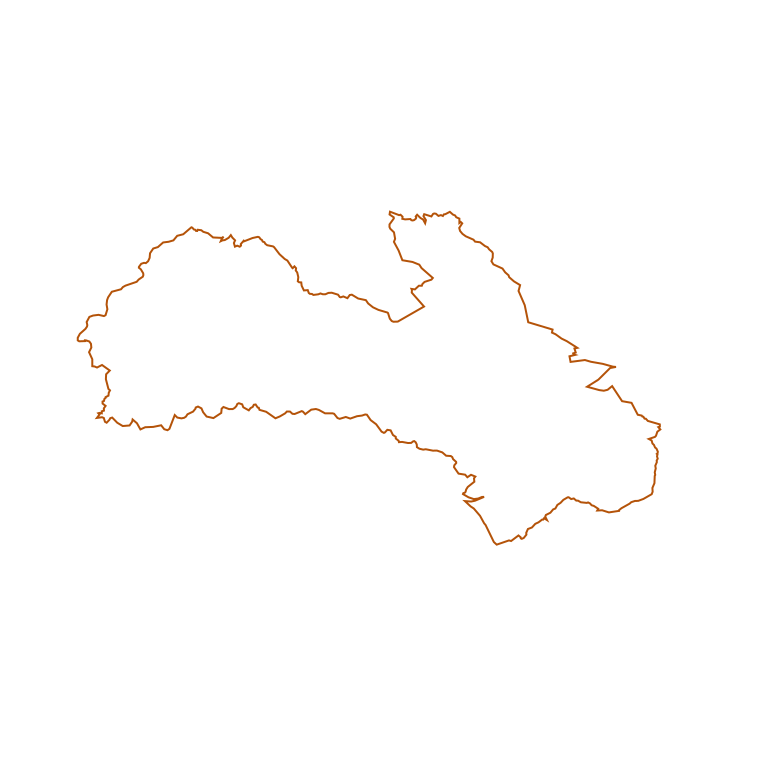 Huatlatlauca, Puebla, Mexico, rotated 32°
{"feature_id": "50627088B76426864141477", "entity_name": "Huatlatlauca", "entity_type": "district", "adm_level": 2, "iso_a3": "MEX", "parent_name": "Mexico", "parent_adm1": "Puebla", "projection": "mercator", "projection_center": [-98.065, 18.679], "detail": "fine", "context": "isolated", "style": "outline", "palette": "amber", "viewbox_px": 768, "rotation_deg": 32, "n_neighbors": 0, "source": "geoboundaries", "source_scale": "gbopen_adm2", "svg_char_len": 6161}
<svg xmlns="http://www.w3.org/2000/svg" viewBox="0 0 768 768"><g transform="rotate(32 384 384)"><path d="M184.7,558.1L190.2,554.0L190.4,549.4L189.6,547.3L195.3,548.2L201.5,551.6L204.4,547.2L211.0,542.7L216.9,537.1L221.6,538.8L224.9,537.9L225.8,535.7L223.0,521.2L226.5,522.0L230.4,520.5L232.4,518.6L233.3,516.7L233.4,513.8L236.7,508.6L237.2,504.9L236.8,503.7L238.2,501.7L242.1,501.4L245.6,503.8L250.8,505.6L257.4,503.3L261.3,494.8L259.4,491.0L260.0,488.6L265.9,487.4L269.0,485.4L270.0,483.5L270.5,481.1L270.2,478.6L271.1,477.2L274.5,476.4L277.0,478.3L283.3,478.0L283.6,475.1L284.8,473.0L284.6,470.6L286.0,469.4L289.4,470.9L290.4,470.5L292.1,471.9L298.8,470.0L310.1,470.6L312.8,466.8L315.7,461.3L316.2,458.8L318.9,457.2L322.1,457.8L324.1,456.8L328.6,450.6L329.9,450.4L333.2,451.3L335.9,444.3L339.5,441.3L342.5,440.5L349.6,440.1L356.0,436.1L357.5,435.7L362.6,437.5L364.9,437.0L369.1,432.2L373.7,431.2L378.2,425.6L382.1,422.4L384.2,419.8L385.8,419.1L391.8,421.7L398.7,422.3L407.2,425.7L409.8,425.5L410.4,424.7L411.1,421.1L414.2,419.8L418.6,422.5L422.0,422.6L422.9,424.0L426.5,424.4L427.5,425.4L430.1,423.5L435.7,421.3L438.3,419.5L439.1,417.2L439.9,416.4L441.7,416.6L443.8,417.9L445.4,420.1L448.4,420.1L452.0,418.9L454.0,417.2L460.8,414.6L464.2,412.4L469.7,411.1L474.7,411.9L478.8,409.7L480.6,409.8L482.4,411.1L486.4,411.8L487.1,412.7L486.7,415.7L487.4,417.4L494.7,420.5L500.9,417.9L504.1,418.9L505.9,414.9L510.5,414.1L510.3,416.3L512.4,419.0L509.6,426.9L509.6,430.0L510.3,432.2L510.2,433.2L509.1,434.6L509.3,435.5L515.7,435.3L521.2,434.0L524.6,431.2L527.0,427.8L528.7,426.7L523.0,434.8L520.2,437.5L514.7,440.4L522.3,441.9L526.1,442.0L535.3,444.9L542.8,449.1L544.8,449.7L560.9,459.8L564.7,460.5L572.9,450.4L575.0,449.8L578.3,441.2L581.2,441.6L581.8,442.4L582.9,442.3L584.1,440.5L584.6,436.3L583.5,434.9L582.9,430.7L585.5,427.3L586.4,422.4L588.3,419.5L590.0,415.1L590.9,414.6L590.9,413.0L594.2,413.0L591.0,411.0L590.7,409.3L593.3,405.0L593.9,400.7L595.3,398.8L595.1,394.7L596.7,391.2L597.5,387.2L599.8,382.8L600.6,382.2L603.7,382.4L605.6,380.5L608.8,381.0L610.4,380.1L613.6,380.0L619.1,377.3L619.8,376.3L622.0,376.1L624.3,376.8L626.5,376.2L631.8,376.3L631.9,378.3L635.9,375.5L642.8,373.7L650.6,367.0L650.2,366.3L651.2,363.5L655.7,355.3L656.3,353.2L658.8,350.2L661.5,348.4L664.9,344.0L669.4,335.6L668.9,333.0L666.7,329.9L665.9,324.8L662.3,318.5L662.2,317.4L660.4,315.4L659.2,311.6L657.4,309.6L656.8,305.7L655.8,304.4L655.7,302.3L653.8,300.6L653.3,298.9L652.4,298.7L652.7,297.7L652.1,296.3L649.3,294.4L647.5,294.2L645.2,292.6L643.2,292.2L640.9,290.1L637.7,290.3L641.8,285.3L642.1,283.8L641.1,279.6L642.4,276.1L639.5,275.2L640.5,273.9L639.3,272.1L627.3,275.5L624.5,274.7L623.3,275.3L621.3,274.3L620.3,274.7L619.3,274.2L615.5,275.6L603.9,268.8L595.0,272.4L578.6,264.9L576.7,270.4L574.0,273.2L569.8,275.1L557.7,278.7L563.5,266.7L567.3,250.6L571.7,246.6L568.9,248.0L558.8,251.0L547.7,255.5L541.7,257.2L530.5,266.4L526.6,262.2L530.7,258.0L528.9,258.4L528.2,257.8L529.9,255.7L526.7,253.0L528.8,250.9L516.3,250.8L510.5,251.4L503.1,250.9L499.2,251.4L498.1,248.5L473.6,255.2L461.6,242.6L448.8,233.8L447.0,228.0L439.9,228.1L433.6,227.1L432.0,225.8L427.6,225.1L423.3,223.3L413.4,224.6L410.0,222.9L409.2,219.2L407.1,215.6L405.8,214.7L401.8,214.1L399.4,213.1L396.6,213.5L390.4,212.9L385.8,215.0L383.4,214.2L375.1,215.4L371.0,215.1L367.4,213.9L365.1,211.8L365.2,206.3L363.2,205.9L362.6,207.5L360.3,203.8L356.9,204.3L355.0,203.4L352.7,203.8L348.6,203.1L346.0,207.5L344.9,208.4L344.9,210.3L342.8,210.6L341.1,212.6L337.8,212.1L336.2,212.8L335.5,213.8L335.4,216.8L328.1,218.7L328.5,220.7L332.7,222.8L333.7,225.9L330.0,223.8L327.0,223.9L322.4,222.9L322.1,225.1L323.2,225.9L323.4,226.9L322.7,229.0L321.7,230.1L320.4,230.6L319.0,230.1L314.7,233.2L312.0,234.2L311.1,232.3L308.3,231.7L307.3,232.8L297.8,234.7L298.9,237.3L303.9,237.5L304.6,238.4L304.1,245.7L305.4,247.9L307.0,249.0L312.1,250.1L316.5,255.0L317.1,258.2L325.7,263.1L334.0,269.3L343.5,265.4L350.7,264.1L354.4,265.8L369.2,268.2L368.9,270.4L364.3,275.9L363.6,278.8L364.0,280.6L361.5,282.2L360.1,287.4L356.9,288.8L357.9,289.5L359.1,291.8L376.9,297.1L362.6,323.8L359.0,326.2L357.2,326.5L354.3,325.5L349.8,321.7L349.0,321.6L340.0,324.1L334.0,324.8L327.9,324.1L324.2,322.5L316.8,325.2L309.4,325.3L307.8,326.7L307.5,330.6L303.1,331.3L301.4,333.4L300.4,333.7L297.7,332.6L291.3,334.3L288.6,336.2L286.7,339.0L284.6,340.3L282.1,340.9L280.8,342.7L276.9,345.9L275.2,345.8L273.4,346.8L272.0,346.7L269.6,344.8L266.5,347.1L262.1,344.3L260.0,341.7L258.1,342.7L256.5,342.6L254.7,338.8L251.3,335.4L249.0,334.5L248.1,332.4L245.7,331.7L245.2,334.2L244.5,334.1L236.6,330.5L233.6,330.6L226.6,329.3L218.3,326.2L217.0,326.1L211.4,328.2L209.1,328.0L207.4,327.1L205.7,327.5L204.0,326.5L202.6,326.6L200.5,325.7L199.1,326.0L195.2,329.8L189.7,337.2L189.1,336.9L188.4,341.2L189.4,342.4L188.9,344.0L186.2,344.5L184.8,346.5L182.0,344.0L181.6,341.1L177.8,340.2L175.2,338.9L174.8,342.3L172.7,346.3L170.9,347.8L169.9,349.4L169.5,347.1L169.9,344.1L169.1,346.0L161.4,350.3L154.9,349.4L150.1,350.7L147.6,350.4L144.3,351.9L144.5,353.2L143.4,353.8L142.3,353.2L140.9,353.7L138.6,353.0L137.6,353.2L134.4,363.4L130.1,367.9L129.3,373.8L126.0,377.5L121.7,381.0L119.7,387.7L116.5,391.4L116.3,397.1L118.4,401.2L118.9,404.9L118.0,407.7L116.3,408.4L114.4,410.7L114.1,414.5L114.5,415.3L117.0,415.6L121.1,417.7L122.2,419.1L122.6,420.8L120.6,425.4L120.1,428.4L112.6,437.6L111.2,440.2L110.8,443.0L104.3,450.0L104.1,456.7L104.7,459.6L106.6,463.6L109.8,467.2L111.4,473.2L110.5,474.8L105.3,476.6L101.0,480.1L98.6,483.2L99.0,489.0L101.2,491.3L101.7,492.7L101.6,495.5L99.5,502.6L99.8,507.1L101.2,509.3L102.9,509.3L107.8,506.0L107.3,505.4L108.2,504.9L111.6,504.1L114.2,505.2L116.5,508.2L117.0,513.3L123.5,517.6L127.2,523.5L129.3,522.5L131.9,522.1L134.8,517.3L144.3,517.9L143.2,523.0L145.6,527.3L152.9,534.2L155.0,534.6L155.2,537.2L156.5,539.9L154.9,542.6L155.3,543.1L154.8,544.7L155.5,546.8L154.6,548.0L155.7,549.7L159.5,550.1L159.3,553.1L160.6,555.0L159.1,556.7L160.2,558.4L158.0,559.3L157.2,560.2L158.9,560.6L158.5,564.9L162.5,561.6L164.4,561.3L167.4,563.9L169.3,563.8L170.1,559.9L170.0,558.0L171.3,556.5L178.3,558.2L184.7,558.1Z" fill="none" stroke="#b45309" stroke-width="2"/></g></svg>